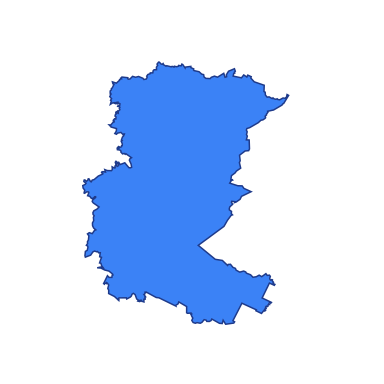 outline of Ruapehu District, Manawatu-Wanganui, New Zealand, rotated 26°
{"feature_id": "76426892B73257627899839", "entity_name": "Ruapehu District", "entity_type": "district", "adm_level": 2, "iso_a3": "NZL", "parent_name": "New Zealand", "parent_adm1": "Manawatu-Wanganui", "projection": "natural_earth1", "projection_center": [175.226, -39.089], "detail": "fine", "context": "isolated", "style": "filled", "palette": "blue", "viewbox_px": 384, "rotation_deg": 26, "n_neighbors": 0, "source": "geoboundaries", "source_scale": "gbopen_adm2", "svg_char_len": 5965}
<svg xmlns="http://www.w3.org/2000/svg" viewBox="0 0 384 384"><g transform="rotate(26 192 192)"><path d="M87.9,114.1L86.7,117.6L85.6,118.4L84.6,118.4L84.2,117.4L78.6,119.4L78.5,120.2L79.0,121.0L78.1,121.1L78.4,121.7L77.6,122.7L77.9,123.3L76.3,127.3L72.2,127.9L73.1,129.0L74.6,129.4L74.3,130.1L74.7,130.4L74.7,133.4L74.2,134.4L74.8,135.6L74.2,136.7L74.6,138.2L76.1,139.3L75.5,139.6L76.3,140.8L76.3,142.3L78.8,143.4L78.6,145.3L79.6,145.6L80.2,149.0L81.6,146.7L83.8,145.3L84.5,145.5L83.8,146.2L84.7,146.1L84.9,144.5L85.8,143.9L85.8,145.5L86.9,145.3L87.1,144.2L88.6,144.3L89.2,146.3L87.7,147.0L87.7,147.6L89.1,147.1L90.1,147.6L89.9,148.6L91.1,149.7L90.4,151.5L89.2,151.5L90.5,152.2L91.1,153.3L89.1,152.8L88.6,153.5L88.8,154.4L89.9,154.6L89.2,156.0L89.5,157.5L90.8,157.8L91.5,159.8L90.3,160.1L89.8,162.1L90.2,162.7L91.0,162.4L91.3,163.2L90.5,164.0L89.6,167.4L88.1,168.0L89.4,168.5L89.8,168.0L90.7,169.1L96.3,168.1L97.3,170.5L97.0,173.3L98.8,173.2L99.3,171.7L102.0,169.6L104.2,170.4L105.8,169.5L105.9,170.2L104.7,170.5L105.9,171.6L105.4,173.2L105.8,176.3L106.7,176.4L106.2,177.5L108.3,179.3L108.9,180.8L108.4,181.2L108.8,182.2L107.8,183.3L106.8,183.3L107.0,183.9L106.0,183.5L105.6,184.8L106.4,185.2L105.7,185.7L106.4,186.7L108.8,185.9L110.3,186.4L110.6,187.3L112.9,188.2L114.1,187.1L115.5,187.4L115.8,186.6L122.6,187.7L121.7,189.1L121.7,190.8L125.0,193.6L126.9,196.2L126.2,197.2L124.6,197.8L118.8,195.2L115.4,198.8L113.1,197.4L112.8,197.9L114.4,200.5L113.5,201.8L112.3,201.0L112.0,198.1L110.2,197.7L110.0,198.9L111.8,200.9L111.4,202.6L112.3,203.9L111.5,204.5L109.2,204.4L110.5,206.6L110.3,208.1L106.4,209.9L103.8,210.1L105.5,212.0L103.0,212.7L102.1,213.6L102.2,214.2L103.7,214.4L103.9,215.0L100.8,218.7L98.6,223.7L97.1,225.0L97.0,227.0L96.2,227.1L93.5,225.3L92.9,225.8L93.2,226.9L92.4,228.7L90.4,228.1L89.8,228.6L90.2,230.0L92.9,230.6L92.7,231.9L91.0,234.1L92.4,236.2L94.8,237.4L95.4,240.2L96.1,240.2L97.2,238.1L99.0,237.3L99.6,237.9L99.8,241.1L102.0,240.7L104.4,241.9L106.0,241.0L106.6,238.9L107.4,238.5L107.8,239.2L106.2,242.6L106.5,244.3L108.1,245.1L115.0,246.2L114.1,249.0L112.0,251.9L112.0,254.0L112.9,255.5L114.4,256.2L114.5,258.1L116.2,260.8L116.1,263.5L117.4,265.9L119.4,267.5L122.1,268.2L121.2,269.2L120.6,273.1L117.5,273.6L116.4,275.5L118.5,276.6L119.9,280.5L119.8,282.6L120.8,284.1L120.4,286.2L122.0,286.4L122.7,287.3L123.4,290.4L122.2,292.1L123.7,296.2L124.7,297.3L128.6,293.2L129.2,289.3L130.3,287.8L132.6,287.5L133.2,286.9L134.8,287.6L136.2,286.8L137.4,290.7L139.3,290.4L140.0,296.3L141.4,296.0L143.1,297.9L145.3,299.0L142.6,299.6L140.0,301.7L143.5,300.3L147.6,300.4L152.0,299.5L156.5,300.5L157.3,301.2L156.7,301.7L157.4,303.9L154.9,305.1L152.7,304.3L152.7,313.1L153.7,313.2L153.4,312.0L155.2,311.8L155.0,310.9L155.8,311.0L157.9,312.1L158.6,315.6L160.2,316.8L161.6,319.8L168.1,319.9L173.8,321.6L173.5,320.8L172.8,321.3L172.3,320.8L172.9,319.1L179.4,315.9L180.2,316.8L182.7,313.4L183.1,312.0L182.9,310.2L183.7,308.8L185.8,309.1L189.2,312.4L191.3,312.7L191.1,313.8L192.6,313.5L192.3,312.7L193.2,312.7L192.8,312.2L193.7,311.5L194.7,312.2L197.0,311.9L195.8,309.5L196.9,308.8L195.8,307.1L196.3,306.6L193.8,305.2L194.3,304.9L194.0,303.5L194.6,302.7L194.0,302.5L194.7,302.0L206.1,302.5L208.7,301.6L227.5,301.6L227.0,301.1L228.5,298.7L228.3,296.6L237.4,297.3L240.1,302.9L241.1,303.0L244.1,301.3L244.4,302.2L245.2,301.8L245.6,303.3L248.0,305.0L248.1,307.5L250.2,308.8L252.5,308.5L253.8,307.2L257.0,306.3L258.1,304.8L258.9,301.4L260.9,301.0L262.0,301.8L264.3,300.8L265.5,299.2L265.5,297.5L274.2,298.0L276.8,297.0L276.2,293.6L280.2,296.1L287.0,291.5L287.2,290.0L285.2,289.8L285.6,270.1L301.5,269.7L301.5,270.7L307.7,270.7L308.6,266.9L309.6,267.1L310.0,265.8L308.9,265.5L308.9,264.2L309.5,264.0L308.6,263.1L308.8,262.1L309.7,262.2L310.3,261.4L309.9,259.9L310.8,259.3L310.1,259.0L310.1,257.5L310.5,257.0L311.5,257.5L311.8,256.4L301.5,256.5L301.5,239.9L306.9,239.8L307.0,238.7L305.3,238.7L304.6,238.0L304.8,237.4L303.0,236.6L302.8,235.7L302.2,235.7L301.3,236.7L300.5,236.5L299.7,235.5L299.4,233.5L298.0,232.8L296.2,234.0L294.2,233.0L291.8,237.5L288.8,237.3L286.9,240.0L284.2,241.9L280.9,240.7L276.5,241.1L275.3,240.3L273.1,240.4L270.0,243.1L265.9,242.9L264.5,241.6L261.8,241.8L258.3,240.1L256.3,241.2L256.2,242.4L249.3,240.2L242.4,242.3L221.0,237.2L235.8,208.9L236.3,201.8L237.4,195.9L238.4,194.8L236.8,194.2L236.0,192.1L233.4,191.7L232.8,190.6L232.5,188.8L233.9,185.2L232.0,184.0L231.8,182.9L235.3,181.7L235.2,182.5L236.1,181.6L238.4,177.5L238.4,174.2L245.0,165.8L237.1,166.0L234.4,164.5L230.4,166.3L222.0,167.5L222.4,164.1L223.3,163.5L222.9,163.2L221.6,164.1L220.3,160.0L222.4,155.9L222.7,153.8L225.3,149.2L221.7,144.8L221.6,142.8L218.6,138.1L221.8,131.8L224.8,130.0L224.8,128.1L220.6,120.2L218.0,121.3L217.2,117.5L215.8,116.5L215.2,113.7L213.7,112.5L213.5,110.9L215.6,108.9L221.2,100.6L222.5,97.3L224.1,96.1L225.3,94.0L225.6,93.0L224.5,91.8L225.2,90.1L224.8,89.5L225.3,87.0L224.6,86.3L229.4,82.5L234.8,74.4L234.9,73.2L235.6,72.2L236.5,62.8L234.7,62.7L235.3,65.2L234.5,67.0L232.6,67.6L230.4,70.7L228.2,71.3L227.7,70.9L226.7,71.9L224.9,72.3L223.5,71.9L223.1,72.9L219.6,72.7L218.0,73.8L215.5,72.7L214.0,70.2L212.7,70.2L210.1,64.4L199.6,65.7L194.9,63.8L194.7,62.4L190.9,62.5L190.9,64.6L187.2,64.1L186.4,67.7L178.2,69.8L177.5,67.1L178.3,66.4L177.6,65.5L178.0,64.5L176.1,62.6L171.9,67.4L171.5,71.6L172.6,73.2L171.4,74.4L168.5,71.4L164.6,77.6L161.4,78.0L159.1,80.4L158.6,82.1L154.6,83.8L152.4,83.3L151.0,81.4L149.0,81.8L145.6,80.8L140.6,82.0L139.9,81.7L139.6,80.6L136.5,80.7L135.9,79.6L131.2,82.7L131.4,83.5L127.8,81.5L126.8,81.5L126.9,83.4L124.5,84.1L124.6,85.0L123.2,86.2L121.0,86.7L121.1,87.6L119.0,87.8L118.5,88.6L113.9,89.6L113.5,90.3L110.8,90.1L109.7,89.2L109.3,90.3L107.9,90.5L105.8,89.6L105.0,89.9L104.5,92.4L105.6,93.2L105.3,95.4L106.5,97.6L104.4,98.7L103.9,99.9L104.5,102.1L102.3,103.2L102.6,103.9L100.8,105.8L100.5,107.8L101.4,108.4L101.4,110.5L99.4,112.0L98.0,111.3L93.3,111.6L91.0,113.6L87.9,114.1Z" fill="#3b82f6" stroke="#1e3a8a" stroke-width="1.5"/></g></svg>